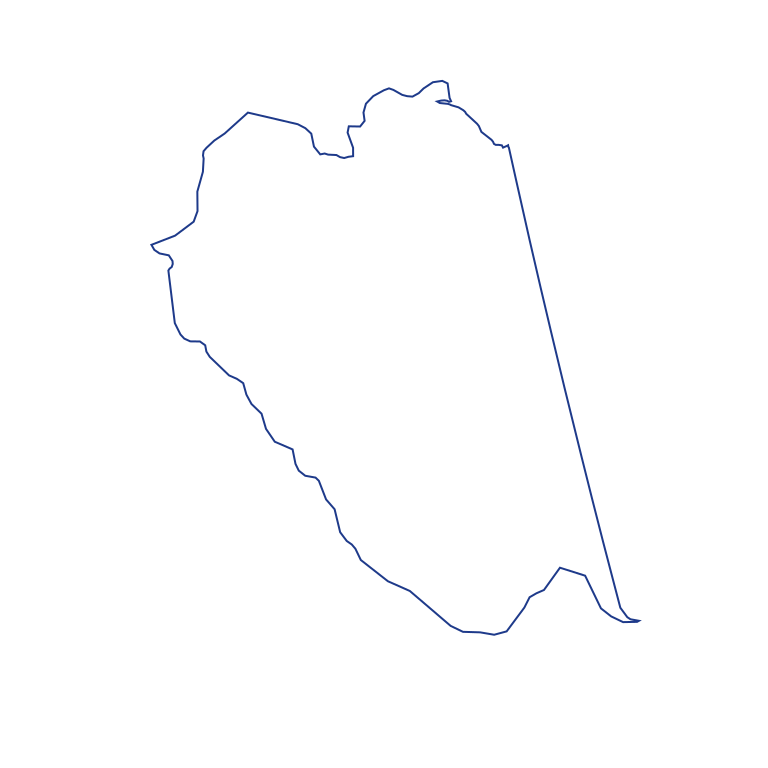 map outline of Warmian-Masurian (Albers equal-area conic projection), rotated 74°
{"feature_id": "POL-3139", "entity_name": "Warmian-Masurian", "entity_type": "Voivodeship", "adm_level": 1, "iso_a3": "POL", "parent_name": "Poland", "parent_adm1": "", "projection": "albers", "projection_center": [20.397, 53.764], "detail": "fine", "context": "isolated", "style": "outline", "palette": "blue", "viewbox_px": 768, "rotation_deg": 74, "n_neighbors": 0, "source": "natural_earth", "source_scale": "10m", "svg_char_len": 1867}
<svg xmlns="http://www.w3.org/2000/svg" viewBox="0 0 768 768"><g transform="rotate(74 384 384)"><path d="M675.2,214.4L678.1,211.9L681.9,204.2L682.4,206.3L678.8,219.8L670.0,229.7L659.5,237.3L623.7,243.5L609.1,265.5L626.1,287.0L627.2,295.2L629.1,302.8L637.6,310.7L655.6,334.3L655.4,347.2L649.2,360.1L644.0,376.4L634.9,386.6L590.1,416.2L574.7,434.6L546.8,454.8L534.5,456.9L529.4,459.2L524.6,463.1L514.4,467.0L490.8,466.0L479.0,471.5L459.1,473.3L455.1,475.6L450.5,485.0L443.8,489.8L436.4,491.1L421.7,489.9L409.4,504.9L394.6,509.8L378.8,509.9L366.7,516.9L356.3,519.2L344.4,519.1L338.5,524.0L333.0,530.6L309.9,544.0L303.9,545.8L297.5,545.2L292.4,549.2L289.6,558.5L285.3,563.5L280.3,566.0L267.8,568.3L215.5,560.0L214.0,558.3L213.0,555.8L210.4,554.0L207.5,553.4L201.0,555.4L196.6,563.8L191.8,567.8L186.1,569.2L183.8,543.9L175.5,522.2L166.4,515.6L147.6,510.4L130.1,499.6L117.5,495.2L114.4,495.0L110.5,493.3L108.0,489.5L103.2,480.0L99.3,468.1L85.6,440.0L110.5,395.3L116.4,389.1L123.3,384.9L136.5,385.9L145.7,382.0L146.1,377.5L148.1,374.5L150.8,366.6L153.8,363.7L155.8,360.0L155.8,355.4L156.5,350.9L148.4,348.6L132.3,349.7L126.6,346.8L129.9,336.0L125.7,330.1L117.4,328.9L109.6,324.1L104.3,315.0L101.6,303.1L101.2,297.7L103.9,293.9L111.1,286.8L113.7,282.4L115.6,277.4L114.0,270.4L110.8,264.5L107.4,253.8L108.7,244.4L112.6,240.0L127.0,242.1L130.7,241.6L130.7,243.7L129.2,245.1L128.0,247.6L127.3,250.9L127.1,255.0L129.3,252.9L132.3,245.4L133.4,243.7L134.4,242.7L138.6,236.1L142.7,232.3L144.8,231.0L146.9,230.5L159.5,222.8L162.2,221.7L168.5,220.9L179.0,213.3L181.2,212.4L183.5,212.1L184.9,210.7L185.8,207.7L187.1,204.9L189.6,204.4L189.4,203.2L189.0,200.2L188.7,198.9L190.5,199.1L191.1,198.8L224.3,200.8L286.5,204.4L332.9,206.8L379.4,209.0L436.9,211.5L506.7,214.1L551.5,215.6L596.3,216.9L633.9,217.8L664.2,218.5L675.2,214.4Z" fill="none" stroke="#1e3a8a" stroke-width="2"/></g></svg>